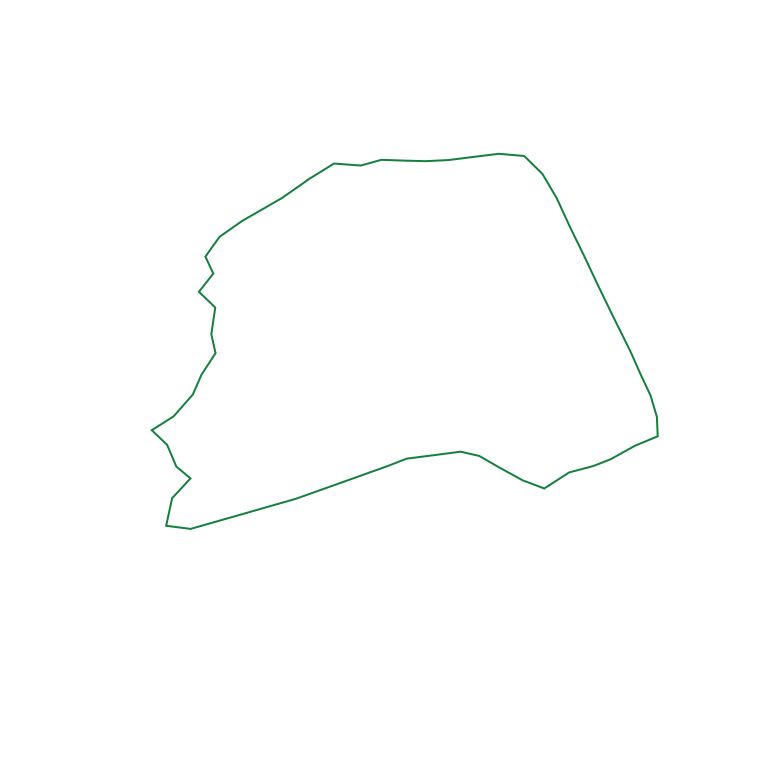 Riachão do Poço, Paraíba, Brazil (Robinson projection), rotated 229°
{"feature_id": "56859067B79457448818659", "entity_name": "Riachão do Poço", "entity_type": "district", "adm_level": 2, "iso_a3": "BRA", "parent_name": "Brazil", "parent_adm1": "Paraíba", "projection": "robinson", "projection_center": [-35.291, -7.148], "detail": "fine", "context": "isolated", "style": "outline", "palette": "green", "viewbox_px": 768, "rotation_deg": 229, "n_neighbors": 0, "source": "geoboundaries", "source_scale": "gbopen_adm2", "svg_char_len": 826}
<svg xmlns="http://www.w3.org/2000/svg" viewBox="0 0 768 768"><g transform="rotate(229 384 384)"><path d="M165.0,556.3L180.2,568.4L200.4,577.6L223.0,584.0L246.3,591.2L282.0,600.5L319.1,610.5L348.8,618.9L380.6,627.4L410.7,636.2L438.6,641.4L464.1,639.4L482.4,621.7L494.8,603.3L510.7,579.6L525.2,561.2L541.1,543.9L554.9,529.1L564.1,509.8L583.2,490.9L587.8,462.4L591.3,429.1L600.1,384.2L603.0,356.5L597.3,332.8L579.3,327.6L575.0,304.8L552.4,306.8L534.8,286.3L517.8,277.1L510.7,252.2L501.5,232.9L497.6,204.0L501.5,178.4L480.3,180.4L458.0,173.1L439.7,176.0L436.8,149.1L419.9,126.6L401.5,143.0L355.2,242.2L335.4,292.7L320.2,331.6L312.8,352.1L293.0,381.8L282.7,397.4L267.2,408.7L246.3,415.9L220.2,425.5L200.0,436.4L195.8,465.7L184.8,488.1L178.5,505.8L172.8,532.7L165.0,556.3Z" fill="none" stroke="#15803d" stroke-width="2"/></g></svg>